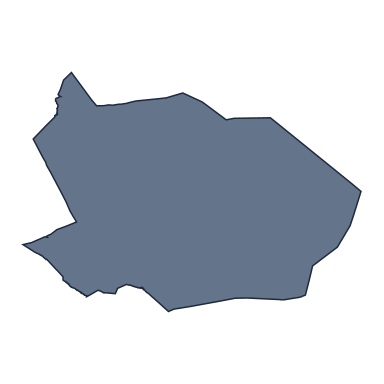 Trysil nor, Hedmark, Norway
{"feature_id": "86288312B82659531388015", "entity_name": "Trysil nor", "entity_type": "district", "adm_level": 2, "iso_a3": "NOR", "parent_name": "Norway", "parent_adm1": "Hedmark", "projection": "equal_earth", "projection_center": [11.926, 61.356], "detail": "fine", "context": "isolated", "style": "filled", "palette": "slate", "viewbox_px": 384, "rotation_deg": 0, "n_neighbors": 0, "source": "geoboundaries", "source_scale": "gbopen_adm2", "svg_char_len": 4973}
<svg xmlns="http://www.w3.org/2000/svg" viewBox="0 0 384 384"><path d="M23.0,244.6L34.3,251.9L37.1,253.4L37.5,253.4L37.9,253.5L38.2,253.7L38.3,253.8L38.7,254.1L39.1,254.2L39.7,254.7L39.9,254.7L40.1,254.9L40.6,255.1L40.8,255.1L40.9,255.3L41.3,255.4L41.4,255.7L41.8,255.9L42.7,256.2L42.7,256.3L42.8,256.4L42.9,256.5L43.0,256.6L43.3,256.9L43.3,257.1L43.5,257.3L44.1,257.7L44.4,258.0L44.6,258.3L45.5,258.8L46.0,259.1L46.1,259.4L46.1,259.5L46.8,259.4L47.3,259.7L47.3,259.8L47.5,260.1L56.1,269.4L57.4,270.6L57.7,271.0L60.2,273.7L63.0,276.8L63.0,280.1L63.5,280.5L64.2,280.9L64.8,281.3L65.3,281.4L65.4,281.5L65.5,281.8L65.8,281.9L65.9,282.1L66.0,282.1L66.1,282.4L66.3,282.4L66.2,282.5L66.3,282.6L66.5,282.8L66.9,282.9L67.0,283.0L67.4,283.3L67.6,283.4L67.6,283.5L67.9,283.5L68.0,283.6L68.2,283.8L68.5,283.8L68.9,283.9L69.0,284.4L68.8,284.7L69.0,284.8L69.3,285.1L69.5,285.2L69.5,285.4L69.7,285.6L70.1,286.1L70.1,286.3L70.4,286.5L70.5,286.6L70.8,286.7L70.8,286.8L71.0,286.9L71.3,286.9L71.6,287.3L72.0,287.3L72.3,287.6L72.5,287.6L73.1,287.9L73.3,287.9L73.6,288.0L73.9,288.1L74.4,288.2L74.5,288.3L74.8,288.4L75.1,288.5L75.3,288.7L75.3,288.8L75.5,289.0L75.7,289.3L75.9,289.4L76.0,289.5L76.6,289.6L77.0,289.8L77.3,290.0L77.2,290.2L77.3,290.2L77.5,290.5L77.9,290.5L78.2,290.6L78.4,290.7L78.5,290.8L78.7,291.0L78.8,291.1L78.9,291.3L79.6,291.5L80.0,291.8L80.2,292.0L80.7,292.1L80.6,292.4L80.7,292.5L80.8,292.5L80.7,292.6L81.1,292.8L81.1,293.0L81.3,293.0L81.6,293.3L81.7,293.2L81.9,293.3L82.1,293.4L82.1,293.5L82.6,293.5L83.1,293.7L83.2,293.8L83.4,293.9L83.5,294.0L83.4,294.1L83.4,294.3L83.5,294.3L83.9,294.5L84.0,294.6L84.2,294.8L84.5,294.8L84.8,295.0L84.7,295.1L84.7,295.3L85.0,295.3L85.3,295.3L85.5,295.5L86.2,295.6L86.8,295.8L86.6,296.0L86.5,296.4L86.5,296.6L86.5,296.8L90.0,294.9L97.9,290.3L98.9,290.6L99.3,290.5L99.8,290.9L100.9,291.3L101.9,291.8L103.2,292.6L104.1,293.0L104.7,292.7L106.7,292.9L110.1,293.2L115.3,293.7L116.8,290.3L117.2,289.4L117.5,288.4L124.3,285.4L126.0,284.7L126.6,284.4L127.0,284.5L127.3,284.7L128.0,284.8L128.6,285.1L129.2,285.1L130.0,284.9L130.2,285.0L130.4,285.3L130.7,285.4L131.2,285.4L131.3,285.5L131.6,285.6L131.9,285.8L132.1,285.9L132.4,286.0L132.6,286.1L132.9,286.2L133.3,286.2L133.3,286.3L133.5,286.4L133.4,286.4L133.6,286.5L134.2,286.5L134.4,286.6L134.6,286.6L134.9,286.7L135.2,286.8L135.3,287.0L135.8,287.0L136.2,287.2L137.2,287.4L137.4,287.6L137.6,287.7L137.7,287.8L138.2,287.8L138.2,287.7L138.5,287.8L138.8,287.9L139.2,287.9L139.3,288.0L139.5,288.0L139.6,287.8L140.0,287.7L140.2,287.8L140.6,287.7L140.5,287.8L140.4,287.9L140.5,288.2L141.0,288.1L141.3,288.2L141.5,288.2L142.2,288.0L142.3,288.1L142.2,288.1L142.3,288.2L143.1,288.1L143.5,288.2L143.5,288.3L143.4,288.5L143.5,288.6L143.1,289.0L143.3,289.2L143.2,289.3L143.3,289.6L143.5,289.7L143.8,289.7L143.9,289.8L144.1,289.9L144.9,290.5L145.6,291.3L146.1,291.6L146.4,292.2L146.6,292.5L147.5,292.8L148.3,293.3L149.0,294.0L149.5,294.4L150.3,295.2L160.1,303.9L163.8,307.3L168.5,311.5L174.0,309.1L189.7,306.6L216.7,301.7L235.4,298.2L247.3,298.0L269.5,299.1L280.3,299.6L280.9,299.8L284.0,299.8L296.3,297.8L298.0,297.6L301.3,296.8L302.1,296.3L305.2,295.2L305.5,294.6L309.1,280.6L312.6,265.9L337.4,247.1L350.1,225.7L353.9,214.3L355.0,210.6L355.8,208.2L361.0,191.4L351.8,183.7L270.4,117.8L234.2,118.3L226.2,119.8L202.3,102.0L182.8,93.0L166.1,97.9L159.7,98.6L135.9,101.0L128.3,102.8L125.6,103.6L124.6,103.6L121.1,104.2L120.2,104.2L119.2,104.2L118.2,104.3L114.0,105.0L113.0,105.2L108.3,104.9L104.5,105.6L103.3,105.7L96.6,105.8L91.6,99.9L71.4,72.5L63.6,80.1L60.4,89.5L58.3,94.0L58.1,94.7L58.9,95.3L59.6,95.8L59.9,96.0L60.6,96.5L60.2,96.5L59.2,97.0L58.8,97.0L58.6,97.4L58.2,97.5L57.2,98.1L56.9,98.2L56.5,98.1L56.2,98.2L56.1,98.3L55.9,98.6L55.6,99.1L55.7,99.4L55.6,99.7L55.6,99.8L55.5,100.1L55.5,100.3L55.6,100.5L55.6,100.8L55.7,101.2L56.1,101.5L56.5,101.7L56.5,102.6L56.6,102.8L56.7,103.1L56.7,103.4L56.9,103.5L57.2,104.0L57.5,104.2L57.5,104.4L57.8,104.7L57.9,104.9L58.0,105.2L57.9,105.7L57.8,105.8L57.8,106.0L57.8,106.3L57.8,106.5L57.9,106.8L57.8,107.2L57.7,107.6L57.6,107.8L57.3,107.9L57.2,108.0L56.8,108.6L56.9,108.9L57.1,109.1L57.5,110.2L57.4,110.5L57.2,110.7L57.0,111.0L57.1,111.3L57.1,111.5L57.1,112.1L57.2,112.3L56.9,112.6L56.9,112.8L57.1,113.1L57.2,113.5L56.5,114.1L57.3,114.3L57.1,114.7L56.8,115.0L55.3,115.5L54.8,115.6L54.8,117.0L46.3,125.4L33.2,139.0L42.6,157.0L45.7,162.3L46.7,165.5L49.6,170.6L50.2,171.6L50.6,172.2L50.6,172.3L50.9,172.9L51.9,174.7L52.2,175.4L52.6,176.0L52.7,176.4L53.1,176.9L53.5,177.9L55.0,180.6L56.1,182.7L59.7,189.6L60.1,190.2L60.4,190.9L61.5,193.0L62.4,194.7L62.5,194.8L62.6,195.1L62.8,195.3L63.3,196.5L66.0,201.7L70.1,211.2L70.9,212.4L72.8,215.9L75.7,220.5L76.4,222.0L76.1,222.1L74.8,222.7L65.9,226.3L56.9,229.6L50.7,234.4L50.3,234.5L50.0,234.6L49.6,234.7L49.2,235.0L48.7,235.1L46.9,236.0L46.7,236.4L46.8,236.9L47.2,237.2L47.3,237.3L47.2,237.3L45.4,236.9L45.1,236.7L42.9,237.6L39.6,239.1L39.1,239.3L31.2,242.7L23.0,244.6Z" fill="#64748b" stroke="#1e293b" stroke-width="1.5"/></svg>